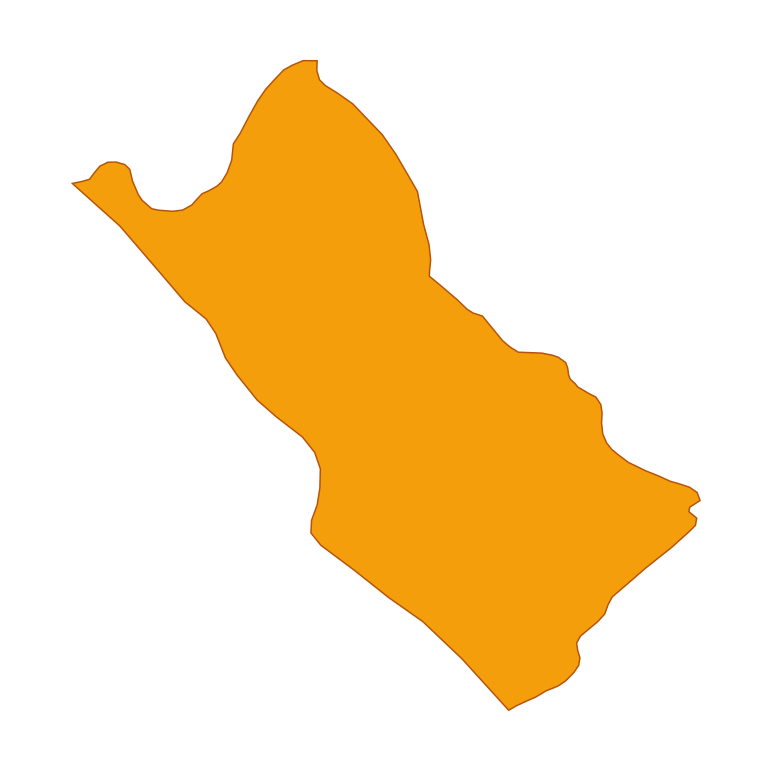 outline of Basse-Banio, Nyanga, Gabon, rotated 3°
{"feature_id": "22940354B35468012310479", "entity_name": "Basse-Banio", "entity_type": "district", "adm_level": 2, "iso_a3": "GAB", "parent_name": "Gabon", "parent_adm1": "Nyanga", "projection": "orthographic", "projection_center": [10.764, -3.223], "detail": "fine", "context": "isolated", "style": "filled", "palette": "amber", "viewbox_px": 768, "rotation_deg": 3, "n_neighbors": 0, "source": "geoboundaries", "source_scale": "gbopen_adm2", "svg_char_len": 1724}
<svg xmlns="http://www.w3.org/2000/svg" viewBox="0 0 768 768"><g transform="rotate(3 384 384)"><path d="M705.7,483.8L702.4,476.0L694.7,471.2L685.9,468.7L674.7,466.1L664.4,462.0L649.6,456.9L632.1,449.5L621.6,442.4L614.7,437.3L609.3,431.1L605.1,422.5L603.3,411.7L603.3,401.6L601.6,393.2L596.4,386.1L588.9,382.7L577.7,376.9L574.8,373.6L569.8,369.5L567.8,365.1L566.6,358.4L564.3,353.1L556.7,348.2L550.3,346.4L540.0,344.9L516.4,345.2L507.6,340.3L500.0,334.4L478.7,311.0L469.0,308.4L462.9,304.9L452.6,295.9L446.0,290.9L435.5,282.8L423.6,274.0L423.6,269.0L424.1,257.7L421.7,242.6L415.2,222.6L407.3,190.0L396.3,173.0L383.9,154.1L369.3,135.2L338.1,105.9L322.2,95.9L309.7,89.0L303.7,83.6L300.5,74.6L300.3,64.7L286.3,65.3L275.6,70.5L267.4,75.6L259.1,85.3L250.5,95.8L243.2,107.6L235.0,124.2L227.5,140.7L221.0,152.1L220.2,168.4L216.3,181.3L211.3,190.6L207.0,195.1L198.9,200.2L192.4,203.5L187.9,208.8L182.7,215.3L173.7,220.9L163.6,222.6L149.2,222.2L142.8,221.1L132.9,213.3L128.8,207.9L122.2,194.4L118.9,183.0L113.8,178.5L105.0,176.4L96.6,177.0L88.9,181.3L83.7,188.2L79.2,195.0L71.6,197.6L62.3,200.0L64.9,202.2L112.0,240.1L149.4,279.2L180.8,312.3L203.0,328.4L213.4,342.4L224.3,366.3L236.5,382.4L258.3,406.8L278.3,422.5L305.3,441.2L318.4,456.0L324.9,472.1L325.4,491.2L323.6,508.2L318.8,523.9L318.8,536.5L329.3,548.3L363.7,571.3L399.8,597.0L435.1,619.2L476.4,654.5L525.6,703.3L533.0,698.4L542.9,693.2L552.2,688.5L561.6,682.1L573.6,676.5L580.9,671.0L588.7,662.2L593.1,654.9L594.0,647.3L591.4,640.0L589.9,632.7L593.4,625.4L609.8,610.2L616.5,602.1L619.4,592.4L623.2,584.5L634.9,573.4L654.8,554.2L679.9,532.0L696.3,515.6L702.4,508.9L703.3,501.6L695.1,495.5L695.7,491.1L705.7,483.8Z" fill="#f59e0b" stroke="#b45309" stroke-width="1.5"/></g></svg>